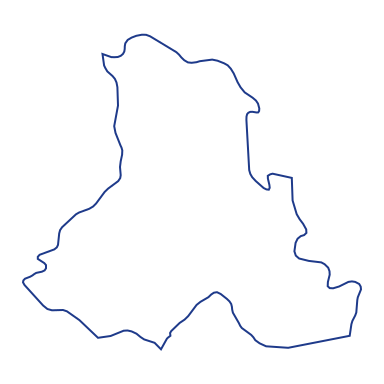 Harghita, Equal Earth projection
{"feature_id": "ROU-307", "entity_name": "Harghita", "entity_type": "County", "adm_level": 1, "iso_a3": "ROU", "parent_name": "Romania", "parent_adm1": "", "projection": "equal_earth", "projection_center": [25.588, 46.623], "detail": "fine", "context": "isolated", "style": "outline", "palette": "blue", "viewbox_px": 384, "rotation_deg": 0, "n_neighbors": 0, "source": "natural_earth", "source_scale": "10m", "svg_char_len": 2356}
<svg xmlns="http://www.w3.org/2000/svg" viewBox="0 0 384 384"><path d="M288.2,347.8L266.1,346.3L259.6,343.3L255.3,340.2L253.4,337.3L251.2,334.9L241.8,328.0L240.2,325.8L238.9,323.1L232.9,312.7L232.2,309.7L231.9,306.8L231.2,304.0L229.5,301.4L226.9,298.9L220.7,294.0L217.0,292.2L213.9,292.7L211.2,294.5L208.4,297.2L200.5,301.8L196.6,304.9L188.2,316.1L184.6,319.6L179.7,322.9L171.2,331.1L170.1,333.0L170.4,335.8L168.0,337.6L166.9,338.7L161.0,349.3L154.6,342.8L144.1,339.4L140.5,337.0L136.5,333.7L131.6,331.4L127.6,330.5L123.7,330.7L110.6,336.0L98.0,337.8L79.4,320.1L66.9,311.3L63.0,310.0L52.0,310.3L47.4,309.0L43.1,305.5L24.5,285.0L23.0,282.3L23.4,280.4L25.0,278.7L30.2,276.7L32.5,275.4L34.2,274.1L36.2,272.9L41.9,271.7L44.6,270.4L46.0,268.3L46.0,265.1L44.3,263.1L37.8,258.9L37.8,256.8L39.6,254.8L54.3,249.4L56.8,247.4L58.0,244.9L59.2,233.4L60.1,230.1L62.1,227.2L76.0,214.3L79.1,212.5L89.2,208.8L93.1,206.5L96.1,203.5L104.6,192.0L108.1,188.6L118.2,181.1L120.2,178.1L120.7,175.2L120.0,167.0L120.7,161.3L122.1,154.7L122.3,150.4L121.5,147.6L120.5,145.5L115.5,132.9L114.2,126.2L118.0,105.6L117.4,87.2L116.5,82.5L114.9,78.9L112.6,76.1L107.3,71.4L105.3,68.0L104.1,65.5L102.5,54.0L111.3,57.1L114.3,57.2L117.8,57.0L120.8,55.8L123.0,53.9L124.3,51.5L124.7,49.0L124.8,46.1L125.3,43.3L127.7,39.9L131.6,37.6L136.3,35.8L142.0,34.7L146.1,34.8L150.1,36.3L176.4,52.2L179.0,54.6L181.3,57.4L184.2,60.2L187.9,62.4L191.6,62.8L196.5,62.2L199.8,61.2L212.2,59.6L217.5,60.7L224.1,63.3L227.7,65.3L230.8,68.7L233.7,73.4L237.6,82.2L240.6,87.4L244.7,92.4L252.6,97.7L255.9,100.5L258.0,103.6L259.3,108.5L259.1,111.0L258.2,112.4L256.7,112.5L252.4,111.8L250.1,111.9L248.3,112.8L247.1,114.2L246.5,116.6L246.4,119.8L249.2,170.1L250.3,173.9L252.2,177.2L255.7,181.0L263.6,188.0L266.4,189.4L268.8,189.7L269.7,187.8L269.4,185.0L267.9,178.6L267.8,175.8L270.3,174.3L272.6,173.7L291.8,177.9L292.6,200.5L296.7,214.2L299.7,219.3L303.1,223.8L306.2,229.4L306.4,232.9L304.1,235.1L300.8,236.1L297.6,238.7L295.6,242.8L294.4,251.3L295.8,255.6L299.1,258.5L308.8,260.9L321.3,262.4L324.6,264.2L328.2,267.7L329.5,271.2L329.7,274.7L327.9,282.0L327.7,286.2L329.7,288.1L333.1,288.3L339.1,286.5L348.4,281.9L351.9,281.4L355.2,281.9L359.2,284.0L360.7,286.6L361.0,289.4L357.8,297.3L357.3,300.0L356.3,312.5L355.2,315.5L352.4,320.9L351.4,324.2L349.7,335.8L288.2,347.8Z" fill="none" stroke="#1e3a8a" stroke-width="2"/></svg>